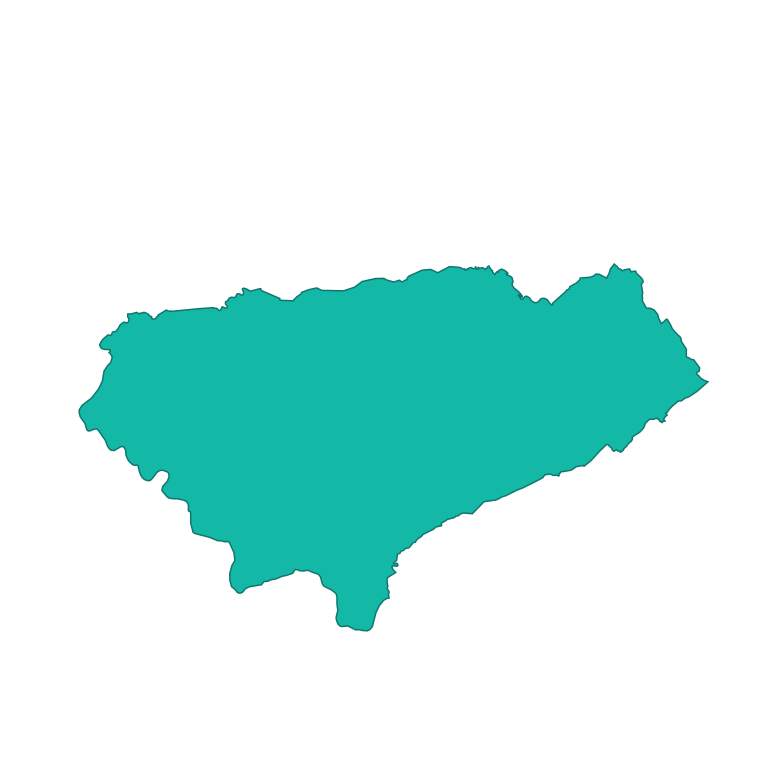 Cu Jut, Đắk Nông, Vietnam (Albers equal-area conic projection), rotated 147°
{"feature_id": "81297802B43064907961903", "entity_name": "Cu Jut", "entity_type": "district", "adm_level": 2, "iso_a3": "VNM", "parent_name": "Vietnam", "parent_adm1": "Đắk Nông", "projection": "albers", "projection_center": [107.738, 12.679], "detail": "fine", "context": "isolated", "style": "filled", "palette": "teal", "viewbox_px": 768, "rotation_deg": 147, "n_neighbors": 0, "source": "geoboundaries", "source_scale": "gbopen_adm2", "svg_char_len": 6171}
<svg xmlns="http://www.w3.org/2000/svg" viewBox="0 0 768 768"><g transform="rotate(147 384 384)"><path d="M111.1,209.4L113.9,213.4L115.2,216.5L115.6,219.8L116.4,221.6L115.9,223.2L112.6,223.2L110.5,225.6L111.0,235.3L111.3,236.1L113.0,237.2L113.8,239.6L115.3,241.4L115.4,242.6L111.5,248.4L111.4,257.5L109.9,261.3L111.6,268.8L112.1,273.5L111.4,278.2L111.2,283.8L111.5,284.3L112.4,284.5L115.5,283.8L118.6,283.9L117.9,289.2L116.6,293.3L117.1,298.8L119.1,302.2L122.4,304.6L122.6,305.3L122.0,313.2L120.7,314.7L119.4,317.4L117.4,319.5L113.9,327.5L111.0,328.4L110.6,329.6L110.3,331.1L110.5,333.4L112.0,339.3L111.5,341.5L112.9,342.5L115.6,343.3L115.5,346.9L120.6,348.9L122.6,349.2L123.1,351.6L124.1,352.4L124.4,353.4L124.5,355.3L125.6,359.2L131.2,357.3L135.4,353.9L139.8,351.6L143.6,358.6L145.8,360.4L146.7,360.8L149.5,360.4L153.0,361.3L161.8,366.0L163.0,364.8L167.4,363.9L175.1,364.4L177.3,362.8L179.6,363.3L181.1,362.6L198.5,359.9L199.4,358.7L200.3,358.8L201.0,361.6L201.2,365.8L203.0,368.7L205.8,370.1L209.7,368.9L211.9,369.2L213.3,370.1L215.1,373.5L215.0,376.5L216.0,379.3L217.7,380.6L221.9,379.7L222.9,380.7L223.0,385.4L222.3,385.6L221.9,385.2L221.7,382.6L221.1,381.7L220.3,382.0L220.2,383.2L220.6,387.2L222.7,393.8L222.8,396.8L221.9,398.3L220.0,399.5L218.7,403.6L219.3,405.5L221.5,408.2L221.5,409.8L220.0,409.0L219.9,410.3L220.7,413.1L222.9,416.4L226.4,416.6L227.2,415.5L227.8,416.4L228.6,416.6L231.3,415.4L232.0,418.6L231.3,419.8L232.2,420.8L231.6,421.6L232.0,423.8L231.7,425.8L232.8,426.0L234.6,425.1L235.5,425.4L236.7,424.9L237.8,427.7L240.5,428.9L241.4,430.4L241.8,430.4L242.5,429.1L243.6,429.4L243.8,430.3L243.2,432.2L244.0,432.2L244.8,431.3L246.2,431.6L247.3,434.1L249.5,434.9L250.3,434.7L250.9,435.2L252.3,434.6L252.9,435.5L253.7,435.3L253.9,436.8L255.3,437.3L256.3,439.7L257.2,440.7L265.2,446.8L278.3,448.0L282.4,454.6L290.0,458.7L304.4,460.9L306.5,460.4L308.1,459.0L309.4,459.5L312.8,459.6L313.5,460.2L314.6,462.7L319.5,464.0L320.7,464.7L325.0,469.6L326.6,472.6L333.3,476.9L346.7,481.9L355.9,481.2L367.1,484.1L385.2,496.4L388.1,501.2L395.8,504.1L403.2,505.7L404.9,504.6L408.9,504.7L413.8,503.7L414.7,503.1L425.5,510.8L425.3,512.5L424.9,512.6L435.4,528.3L435.8,529.1L435.9,530.4L435.5,530.8L435.8,531.4L445.5,534.6L447.9,539.1L449.9,541.0L451.1,540.8L451.8,537.5L453.4,535.6L455.2,536.0L455.7,537.8L457.6,539.4L458.4,539.5L460.9,538.0L462.3,537.8L464.5,539.8L467.0,540.3L470.0,539.0L472.0,539.2L472.6,538.8L473.4,537.3L473.1,534.4L474.1,533.5L475.4,533.7L477.2,536.4L477.9,536.8L480.4,535.2L481.9,535.1L482.5,535.6L482.8,537.7L483.5,539.0L485.3,540.1L485.5,540.9L497.7,547.7L523.1,560.9L523.4,561.7L524.8,561.9L526.3,564.6L536.0,564.8L537.0,563.9L538.5,564.0L539.6,563.1L542.0,563.9L543.1,565.3L542.2,567.0L543.3,568.4L543.8,571.3L545.8,574.4L547.4,575.3L548.3,575.1L549.4,576.1L551.1,576.1L552.5,578.8L557.7,580.4L560.8,582.3L562.4,579.9L562.4,577.9L563.1,576.4L565.1,575.1L566.5,575.4L568.4,577.5L571.0,577.6L573.6,577.1L576.3,575.5L580.1,574.1L583.4,575.4L585.7,573.7L586.5,573.6L588.9,575.5L595.2,574.6L598.5,573.4L601.3,571.5L601.7,568.7L601.3,567.2L599.6,565.3L595.2,562.0L595.8,560.5L597.5,560.1L596.8,556.4L597.7,554.1L601.5,550.9L605.8,549.9L611.8,547.3L618.5,539.9L626.0,535.3L636.8,531.5L649.0,530.5L653.6,528.3L655.1,526.3L656.6,522.0L656.3,513.4L658.1,507.9L657.8,506.2L656.7,505.0L650.8,503.7L649.4,502.6L648.8,501.2L648.4,488.7L649.7,482.4L649.6,478.5L648.6,476.8L646.6,475.2L638.6,474.7L637.1,473.8L636.5,472.3L636.7,469.3L639.2,464.6L640.0,459.8L639.9,457.2L638.7,453.2L637.6,451.8L635.8,450.9L634.7,449.4L636.7,444.2L637.6,440.4L637.7,437.4L636.9,434.2L634.6,431.4L632.5,430.4L629.7,431.0L622.1,433.7L618.9,433.5L616.2,431.9L613.4,427.9L613.2,426.0L614.9,423.2L618.4,420.6L625.1,418.6L627.8,416.3L628.3,415.1L627.3,407.6L626.4,405.4L623.0,402.3L620.2,400.6L615.0,395.4L613.5,392.6L613.7,390.1L614.6,387.7L616.9,384.8L616.9,383.6L616.1,382.5L616.3,381.2L621.9,372.6L624.9,363.6L624.1,361.7L614.1,350.8L608.8,343.1L606.4,341.6L603.2,338.1L600.7,337.1L600.0,335.1L601.6,324.6L604.8,317.8L605.6,317.0L610.4,314.6L616.6,309.0L620.2,303.2L622.2,297.1L620.7,292.2L620.5,288.9L618.8,287.0L616.6,286.4L614.8,286.7L612.2,287.8L607.3,287.3L596.2,282.4L592.2,283.7L589.1,281.9L585.3,281.3L581.0,279.5L573.8,278.1L570.1,276.6L563.8,275.0L562.6,275.2L561.2,276.5L559.4,276.7L557.8,275.4L556.3,273.2L553.3,271.0L549.7,269.4L548.4,268.1L546.5,265.0L543.0,260.7L542.6,259.4L542.3,256.9L544.6,250.1L544.5,247.3L540.1,239.6L538.7,235.6L538.5,233.6L539.3,231.3L543.6,224.5L546.0,219.3L550.8,214.8L552.0,213.1L553.1,209.4L553.2,206.6L552.7,205.1L551.7,203.7L546.1,200.8L541.7,193.3L538.5,191.4L536.4,189.1L532.6,186.2L530.0,185.7L526.0,186.8L515.2,196.7L508.4,200.8L501.8,202.8L497.7,202.5L496.4,201.7L494.7,205.2L492.9,206.8L492.8,210.4L490.8,212.6L489.3,216.2L487.3,219.3L486.1,219.7L476.8,219.5L476.8,220.5L477.5,222.2L477.2,226.2L475.6,226.8L472.5,224.1L471.2,224.2L470.6,225.6L470.9,226.8L473.2,227.3L473.9,228.5L473.0,228.9L469.5,229.2L465.4,233.9L462.7,233.4L460.9,234.5L458.3,233.8L455.6,234.4L452.2,233.0L446.6,234.8L445.7,235.0L443.9,234.3L440.8,235.7L435.6,235.8L433.1,236.6L421.1,235.2L418.6,235.9L413.0,233.8L411.9,235.7L410.8,236.1L407.0,235.7L404.8,236.0L397.9,233.7L395.3,234.0L393.9,233.1L390.2,233.3L387.4,232.4L380.6,227.1L364.2,230.8L353.6,225.9L351.6,225.4L346.7,225.1L342.7,224.0L331.0,222.7L324.4,221.3L305.6,219.2L301.9,219.0L298.5,220.2L294.1,218.2L292.5,216.4L292.0,215.3L288.5,213.2L287.7,211.7L287.0,211.9L285.9,213.5L285.1,213.2L283.7,214.0L274.1,209.8L267.7,209.9L261.1,207.1L261.0,206.1L252.1,207.0L239.4,210.3L230.3,212.0L229.1,211.1L228.8,208.6L228.0,207.0L228.4,204.8L227.9,202.4L224.8,202.3L224.4,200.4L222.9,199.4L222.9,198.1L221.7,197.8L218.9,198.3L218.2,199.1L214.8,199.6L211.5,200.9L207.6,201.4L205.7,202.4L204.8,204.0L203.6,204.4L195.8,204.3L190.0,205.8L186.2,208.7L180.6,209.8L176.9,207.5L174.0,206.9L172.7,203.5L173.0,202.3L172.2,201.5L171.9,200.3L171.3,200.2L170.0,200.8L168.6,199.9L168.6,201.7L168.2,202.4L165.9,203.4L163.5,203.7L163.3,204.7L163.7,206.1L161.3,206.2L158.8,207.4L153.3,208.6L146.6,209.4L143.6,207.9L139.4,208.2L135.4,207.2L125.9,207.3L111.1,209.4Z" fill="#14b8a6" stroke="#0f766e" stroke-width="1.5"/></g></svg>